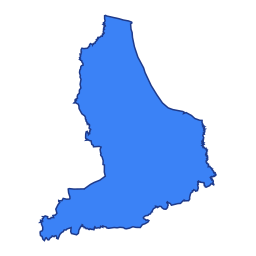 Pati, Jawa Tengah, Indonesia (Albers equal-area conic projection)
{"feature_id": "22746128B37789509782125", "entity_name": "Pati", "entity_type": "district", "adm_level": 2, "iso_a3": "IDN", "parent_name": "Indonesia", "parent_adm1": "Jawa Tengah", "projection": "albers", "projection_center": [111.054, -6.706], "detail": "fine", "context": "isolated", "style": "filled", "palette": "blue", "viewbox_px": 256, "rotation_deg": 0, "n_neighbors": 0, "source": "geoboundaries", "source_scale": "gbopen_adm2", "svg_char_len": 5820}
<svg xmlns="http://www.w3.org/2000/svg" viewBox="0 0 256 256"><path d="M213.1,184.5L212.9,183.9L213.5,183.9L212.7,182.9L213.1,182.7L213.3,181.1L212.5,179.7L211.9,180.0L211.8,178.4L211.0,178.0L210.8,178.4L210.3,177.4L211.5,176.5L212.6,176.8L213.3,176.2L213.1,175.8L213.8,176.4L214.1,175.9L214.5,176.2L215.8,175.3L215.9,174.4L215.2,174.3L215.1,172.7L213.9,172.8L214.0,172.2L213.5,172.0L213.5,171.2L212.2,170.0L212.0,169.4L212.4,169.0L211.7,168.7L211.5,168.0L210.7,167.9L209.9,166.5L209.2,166.7L208.9,166.1L208.3,166.5L208.5,164.2L206.8,163.4L206.9,162.7L206.1,162.0L206.3,160.6L207.0,160.5L207.0,159.3L207.5,159.6L207.8,159.1L206.9,158.4L207.4,158.2L207.3,157.7L207.7,157.2L207.0,156.5L207.5,156.0L207.0,155.4L206.4,155.7L206.4,155.0L206.2,155.3L205.6,154.8L205.8,154.1L206.3,154.3L206.8,153.8L206.3,152.7L206.8,152.2L206.7,151.1L207.1,150.9L206.5,150.3L207.0,149.9L206.5,149.7L206.6,149.2L205.8,148.9L205.9,148.4L205.1,148.6L204.2,147.5L203.4,147.6L203.2,148.2L203.0,147.0L203.5,146.8L202.0,145.5L203.0,145.2L202.8,144.6L203.9,144.4L203.5,144.0L203.8,143.3L203.2,143.2L203.8,142.8L203.2,142.6L203.2,142.1L202.8,142.8L202.6,142.5L202.1,142.7L202.4,142.0L201.8,141.2L202.2,140.9L202.8,141.2L203.3,140.8L203.0,139.5L203.4,139.3L203.2,138.9L203.8,137.9L202.8,135.6L203.5,134.0L204.1,134.1L203.6,133.2L204.1,133.2L204.0,132.6L204.5,132.5L204.5,131.1L205.3,131.4L204.7,130.7L204.0,130.6L204.3,130.3L203.9,129.2L204.5,129.5L205.1,129.1L203.9,128.9L204.3,127.6L203.6,127.1L204.2,126.8L203.0,126.6L203.8,125.7L203.1,124.9L202.8,125.4L202.3,124.9L202.6,123.7L202.0,122.4L202.1,120.4L199.8,120.3L194.8,118.5L191.5,115.5L186.1,112.6L183.6,113.5L184.1,112.2L182.9,111.5L172.9,109.6L168.2,107.9L162.4,102.9L156.9,94.9L151.1,85.5L145.0,72.5L143.6,67.9L137.9,57.2L134.4,46.7L132.5,37.5L132.1,32.5L131.0,29.2L130.6,23.9L131.9,22.9L131.6,22.1L128.4,20.9L123.3,20.0L119.3,18.8L106.3,15.9L105.7,15.4L104.6,15.7L104.6,18.8L105.1,20.8L104.2,22.6L103.5,22.7L103.4,23.4L104.3,23.7L103.4,24.4L104.2,24.5L104.1,25.3L105.2,25.3L105.4,26.0L103.8,27.1L104.2,27.6L103.5,28.9L104.2,29.3L103.6,29.7L103.2,32.1L104.2,33.0L103.8,33.6L102.7,33.9L103.0,34.6L102.3,34.9L102.3,36.2L101.2,36.0L101.1,35.5L101.0,36.4L99.7,37.3L97.9,37.4L97.5,38.4L97.8,38.6L98.2,38.2L98.3,38.6L96.6,39.7L97.0,39.9L97.0,40.4L95.2,42.1L95.2,43.0L93.9,43.3L93.5,44.2L92.9,44.2L92.6,44.8L92.5,44.1L91.9,44.3L90.4,43.6L89.5,45.0L89.4,46.4L88.9,46.5L87.5,48.2L83.8,48.6L81.9,48.2L81.1,49.7L81.1,51.9L81.4,52.0L80.7,54.7L80.1,54.4L80.5,56.7L79.6,57.7L80.3,58.3L79.5,59.3L80.4,59.7L80.5,60.3L81.7,60.7L81.9,62.0L82.9,63.3L83.1,65.1L81.5,65.7L80.8,66.7L80.5,69.2L79.9,69.8L79.6,71.5L79.5,72.8L80.4,75.6L80.0,77.0L81.0,79.3L80.1,84.3L80.9,88.0L79.4,90.1L79.3,93.2L77.6,94.9L77.2,96.8L77.5,98.2L75.2,99.5L75.1,100.0L76.2,99.8L76.5,100.1L74.0,102.9L74.8,102.9L75.6,102.3L76.0,103.0L78.3,104.3L78.9,106.0L79.1,108.7L81.9,113.8L84.6,115.8L85.4,117.3L85.4,119.0L86.2,119.9L85.9,120.9L86.7,121.6L87.3,124.1L87.9,123.4L88.8,124.7L89.3,124.5L89.6,125.1L89.3,125.5L89.5,126.1L89.1,128.0L89.4,128.7L90.5,129.1L90.7,129.6L89.6,131.0L89.9,131.6L89.3,132.3L89.5,132.7L89.2,133.1L89.7,133.3L89.6,133.7L89.2,133.6L88.5,134.5L88.5,133.5L87.7,133.0L87.2,131.4L86.2,131.8L85.7,134.1L85.6,137.8L85.8,138.5L87.2,139.2L86.1,140.2L88.4,140.0L89.4,140.6L91.0,140.8L91.8,144.4L93.2,145.3L93.5,146.8L99.2,146.4L101.1,147.1L100.1,149.4L100.6,152.6L101.0,153.2L100.6,154.6L100.9,155.6L102.0,156.7L103.2,160.7L103.0,164.5L104.4,165.0L104.3,172.1L105.3,176.2L99.8,180.2L94.3,182.4L90.5,184.4L84.4,188.8L84.2,188.2L84.2,188.9L73.9,189.1L69.2,188.6L68.2,189.0L68.6,192.8L69.9,196.8L69.9,198.7L69.1,199.1L66.6,199.2L63.2,198.4L62.0,200.6L59.4,200.8L58.7,200.5L58.7,201.4L59.7,202.6L58.1,204.5L55.8,209.1L56.9,213.3L55.4,215.0L52.9,215.5L53.7,217.6L51.1,217.5L50.6,218.6L48.1,218.7L47.5,218.2L47.7,216.7L45.1,215.9L44.3,216.7L43.0,216.7L43.5,217.1L43.2,218.4L42.3,218.8L42.6,221.1L40.6,220.3L40.6,222.0L40.1,222.4L41.6,222.4L41.5,224.2L42.7,227.0L42.7,229.8L41.9,231.0L40.3,231.5L40.1,232.8L40.5,235.6L42.0,236.4L42.9,239.3L44.4,240.6L45.7,237.9L46.3,237.7L47.7,239.7L48.8,239.9L50.4,237.6L51.6,237.1L52.2,235.9L54.1,236.7L54.7,236.0L55.9,235.6L56.9,237.7L56.7,238.3L58.0,238.9L59.8,234.5L61.6,232.5L63.3,231.6L64.2,229.9L66.1,230.0L67.0,229.0L71.1,227.6L70.7,231.7L71.5,233.5L76.6,234.8L78.4,233.3L78.9,230.1L80.9,226.3L81.5,226.4L82.1,224.7L82.8,225.2L82.4,226.4L84.2,226.9L84.2,227.7L85.4,227.6L86.1,228.7L87.5,228.4L88.7,229.4L89.4,229.5L90.0,228.7L91.3,229.4L91.9,229.2L93.5,229.7L94.0,229.7L94.2,228.5L95.2,228.0L94.5,227.4L94.9,226.8L95.7,227.9L96.4,228.1L98.6,227.7L99.8,228.0L100.4,227.6L100.6,226.3L102.7,227.2L102.5,226.0L102.8,225.8L103.7,226.5L105.9,226.8L106.7,227.9L108.5,228.3L114.2,227.5L117.2,227.8L119.9,227.3L123.4,227.6L124.9,228.6L126.4,228.8L129.6,228.1L132.9,226.7L136.0,227.4L140.3,227.5L142.4,224.6L144.9,223.8L147.9,222.1L148.9,220.6L147.6,219.9L146.0,220.4L145.8,219.7L143.6,218.6L143.4,217.4L145.5,215.7L148.0,215.4L148.9,214.3L150.4,213.9L151.3,212.1L152.2,211.8L151.9,211.4L153.5,208.7L155.7,207.4L155.5,206.2L157.2,206.6L157.6,207.0L157.2,207.0L157.4,207.5L159.3,206.3L161.1,206.5L162.0,207.8L163.9,209.1L166.0,209.2L167.5,207.6L167.6,206.2L168.1,205.5L168.0,204.3L166.8,202.6L167.4,201.8L168.2,202.6L170.4,203.6L171.4,205.2L177.8,203.6L180.5,203.4L183.0,200.8L184.4,200.9L184.3,200.1L185.6,200.8L188.6,200.7L189.7,199.1L189.6,197.3L190.5,193.8L191.1,192.7L192.6,191.8L192.4,190.8L193.5,190.5L193.8,189.7L195.0,190.2L195.6,191.2L197.5,190.6L197.5,189.5L198.1,188.9L198.2,187.5L197.6,184.8L198.3,184.3L197.8,183.1L198.4,182.6L197.8,181.7L198.6,181.0L199.5,181.8L200.1,181.7L200.3,182.2L203.9,182.6L204.3,183.5L204.0,183.9L204.5,185.0L204.3,185.6L205.0,185.9L205.2,186.8L206.1,187.2L209.7,185.6L211.0,183.9L212.1,183.9L213.1,184.5Z" fill="#3b82f6" stroke="#1e3a8a" stroke-width="1.5"/></svg>